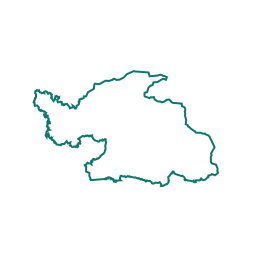 Lysos, Paphos, Cyprus, rotated 17°
{"feature_id": "46923920B8516540117412", "entity_name": "Lysos", "entity_type": "district", "adm_level": 2, "iso_a3": "CYP", "parent_name": "Cyprus", "parent_adm1": "Paphos", "projection": "robinson", "projection_center": [32.556, 35.018], "detail": "fine", "context": "isolated", "style": "outline", "palette": "teal", "viewbox_px": 256, "rotation_deg": 17, "n_neighbors": 0, "source": "geoboundaries", "source_scale": "gbopen_adm2", "svg_char_len": 5845}
<svg xmlns="http://www.w3.org/2000/svg" viewBox="0 0 256 256"><g transform="rotate(17 128 128)"><path d="M172.2,89.0L163.7,90.8L162.2,90.6L159.3,88.7L156.7,89.7L155.2,91.9L153.1,93.4L151.2,93.3L148.3,93.9L145.2,92.9L143.6,90.9L141.7,91.9L140.9,91.8L139.7,93.1L134.7,92.9L133.9,91.2L133.6,89.4L135.8,88.2L135.8,83.6L137.1,80.9L137.5,80.9L139.0,79.7L139.0,76.9L142.8,75.4L147.1,70.6L150.2,70.8L150.3,68.0L147.3,67.6L146.0,67.9L145.0,67.4L143.3,67.6L141.0,69.2L133.6,72.2L131.4,68.9L117.9,71.9L116.9,71.9L111.0,77.0L109.6,80.4L105.8,84.2L102.9,85.4L100.4,84.9L99.4,85.8L99.5,86.1L96.2,88.5L92.6,89.4L87.7,94.5L83.6,95.2L83.1,96.5L83.9,100.4L79.2,105.5L78.7,110.0L76.5,110.7L76.9,112.3L75.8,113.3L74.7,113.6L74.7,114.0L73.5,114.7L73.6,114.9L73.3,115.5L73.7,116.4L73.3,116.9L73.9,117.2L73.6,118.3L73.9,118.5L74.0,119.5L73.7,120.5L72.3,121.8L72.6,122.8L72.3,124.7L71.4,124.8L69.8,123.1L68.8,122.8L69.5,123.6L69.3,124.0L68.7,124.7L67.1,125.6L66.7,126.1L65.9,124.9L62.6,122.8L62.0,123.3L60.9,123.4L60.5,124.6L60.0,125.0L59.5,124.7L58.3,125.0L58.3,124.2L57.8,124.3L57.2,123.5L57.2,122.7L56.5,122.5L55.6,122.6L55.4,123.1L53.4,123.9L52.6,123.0L52.5,122.1L52.0,121.7L53.4,119.5L52.9,119.1L52.9,118.6L52.2,119.1L51.0,118.3L50.4,118.3L50.2,119.0L49.3,119.0L49.5,121.2L50.0,121.6L48.9,124.1L46.8,122.1L45.6,121.7L45.6,120.4L45.9,120.3L45.4,119.6L45.4,118.3L44.6,118.4L43.8,117.7L44.4,117.0L42.7,117.7L42.3,117.5L42.0,118.3L41.4,118.6L39.7,117.0L38.3,117.0L37.4,117.7L37.8,119.1L37.1,118.9L35.3,120.0L34.1,119.4L33.3,119.7L31.9,118.0L31.5,118.8L29.9,118.3L29.5,118.8L29.6,119.5L28.7,119.8L29.0,122.0L30.2,122.7L30.9,125.1L30.9,125.9L30.6,125.8L30.4,126.2L30.4,127.6L30.8,128.1L30.3,129.2L30.2,130.7L30.9,130.9L30.7,131.3L31.6,132.0L32.0,133.6L32.4,134.1L34.3,133.0L36.6,134.2L36.8,134.4L36.6,135.1L37.3,136.4L38.0,136.4L38.6,136.9L39.4,136.3L39.8,137.1L41.2,136.5L42.5,137.0L42.9,136.6L45.0,137.3L44.8,137.6L45.2,138.3L45.1,138.7L43.7,139.6L44.9,141.3L45.7,139.9L47.5,139.7L47.4,140.3L46.0,141.5L46.3,141.8L47.3,140.5L48.1,140.9L48.3,141.7L49.4,142.2L49.6,142.7L49.1,145.5L49.9,145.7L50.5,144.5L51.3,145.0L51.3,145.6L51.5,145.6L51.9,146.3L51.5,146.4L51.3,145.9L50.4,145.7L50.6,147.1L50.3,147.4L49.8,147.0L49.6,147.2L50.3,149.2L49.9,149.4L49.9,150.1L51.0,150.9L51.6,150.6L52.0,150.8L52.3,151.4L51.8,151.9L52.2,152.5L53.3,152.7L51.8,153.5L51.9,154.4L51.3,155.2L51.4,156.7L51.6,156.8L51.3,158.7L51.7,159.4L52.9,160.5L52.7,159.2L53.3,159.0L53.5,157.9L53.8,158.2L53.9,157.2L54.7,158.2L54.6,159.2L56.1,160.5L56.3,160.6L57.2,159.7L57.3,160.1L57.7,159.9L57.5,160.3L58.0,161.2L58.4,161.4L58.6,161.0L59.1,161.6L59.6,161.3L60.6,161.5L61.3,162.8L62.0,162.6L62.1,163.6L63.5,163.5L64.4,164.6L69.0,164.0L69.1,163.8L68.6,163.4L69.9,162.4L71.7,162.0L73.2,158.5L74.0,159.2L75.1,160.3L77.1,158.7L77.1,159.4L77.8,160.9L77.6,161.7L79.0,161.7L80.1,162.5L82.1,161.4L83.5,161.5L83.7,160.3L85.3,161.1L85.8,160.5L86.1,160.7L84.6,158.3L85.5,157.4L85.3,156.9L86.8,157.1L86.9,156.9L86.1,156.1L86.3,155.1L85.3,153.6L84.5,153.2L83.7,152.9L82.8,153.3L84.2,152.3L86.1,150.0L86.5,149.2L87.2,148.8L88.7,148.9L89.8,147.7L90.4,147.8L91.3,147.0L92.6,146.9L92.5,147.3L93.4,147.4L93.9,146.6L94.4,146.6L94.4,146.2L94.9,146.1L95.1,146.4L95.9,145.7L96.3,146.9L98.4,148.8L100.2,149.5L102.0,149.4L103.6,149.8L104.4,149.3L104.9,147.9L106.1,147.7L106.6,147.0L106.8,147.5L107.6,147.5L109.2,145.4L110.0,145.4L110.6,147.4L111.3,147.9L111.4,151.7L112.4,153.7L112.8,155.3L112.5,156.0L112.7,157.9L112.1,159.9L111.5,160.1L110.6,161.8L109.8,162.6L110.0,163.3L108.5,166.0L108.0,166.3L107.4,166.1L106.2,167.7L105.5,168.1L104.4,167.5L103.9,167.7L103.9,168.6L103.2,169.2L103.5,169.9L102.9,169.8L102.4,170.4L102.6,171.1L103.5,171.4L103.2,172.7L103.5,173.3L102.5,172.9L100.4,173.4L99.6,173.0L99.1,173.7L98.9,174.8L97.5,176.1L98.2,176.8L99.1,177.0L99.1,177.5L99.4,177.6L100.7,181.9L104.2,182.2L105.0,185.0L106.7,187.2L106.8,187.9L107.7,188.2L107.9,188.6L120.6,183.6L120.9,183.7L121.1,183.0L122.3,183.3L122.7,182.6L122.5,182.1L123.0,182.0L123.2,181.5L123.9,181.7L123.8,181.0L124.1,180.7L126.1,180.7L126.5,182.0L127.4,181.7L127.7,181.2L128.5,181.7L128.8,181.2L130.0,182.0L129.8,182.9L130.1,183.2L130.8,182.6L131.0,183.2L132.1,183.2L132.4,182.6L132.2,181.6L133.7,181.4L134.2,180.9L135.9,180.3L135.5,180.2L135.7,179.6L135.1,178.8L134.9,177.6L135.2,176.9L134.9,176.2L135.3,175.7L138.2,175.7L139.0,175.0L140.3,175.6L141.8,174.1L143.3,174.2L143.5,173.8L144.5,174.1L145.6,173.7L148.1,173.7L149.3,173.1L151.6,173.4L152.2,173.0L152.7,173.3L153.2,172.9L154.4,173.3L155.4,172.9L155.7,173.4L156.4,172.8L157.6,173.3L157.9,173.0L158.9,173.1L160.8,173.9L161.1,173.3L160.9,172.8L161.3,172.6L162.6,172.8L164.6,172.3L166.5,173.0L167.0,173.8L167.7,174.0L169.1,173.4L170.3,172.2L172.8,171.8L174.2,170.5L176.5,172.5L176.3,173.8L176.5,173.9L178.2,173.2L181.0,170.5L182.0,170.0L182.7,168.0L182.1,166.6L182.4,166.0L181.8,165.5L180.8,163.3L181.8,161.3L182.6,158.7L183.4,158.5L183.3,156.9L183.5,156.5L184.2,156.4L185.1,157.0L185.6,157.9L187.2,158.2L192.9,158.3L194.0,157.7L196.7,159.0L197.3,159.9L197.1,160.6L197.5,161.3L198.4,161.1L199.2,160.4L200.3,160.8L203.4,160.1L205.1,160.2L205.7,159.9L206.2,159.2L207.0,160.4L208.0,160.3L208.6,159.9L208.1,159.1L208.5,157.9L211.7,157.3L211.8,156.9L212.6,156.3L212.3,155.7L212.6,154.8L213.1,154.8L213.7,155.8L215.2,155.7L217.2,154.7L218.4,151.9L219.1,151.7L218.8,149.9L220.0,149.4L221.6,148.1L221.7,147.6L225.0,147.8L225.4,147.3L227.3,144.5L226.1,143.3L225.5,140.5L222.9,137.4L218.4,137.3L217.2,136.2L215.6,131.2L215.9,129.5L214.9,128.3L216.4,121.0L208.4,112.3L206.6,111.5L203.6,111.3L203.4,110.9L201.4,111.5L198.8,111.3L195.7,112.3L193.9,112.5L193.1,111.6L192.0,111.5L187.7,110.0L186.2,109.0L185.0,109.0L184.2,107.8L182.1,107.5L181.4,103.6L178.8,99.3L178.7,98.0L177.4,95.2L177.6,94.2L176.7,92.3L175.6,91.6L173.2,91.3L173.0,90.4L172.3,89.8L172.2,89.0Z" fill="none" stroke="#0f766e" stroke-width="2"/></g></svg>